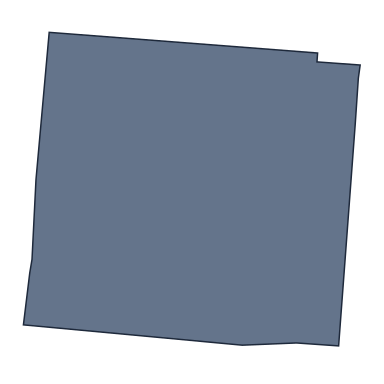 Madison, Missouri, United States of America, rotated 94°
{"feature_id": "52423323B26230724482566", "entity_name": "Madison", "entity_type": "district", "adm_level": 2, "iso_a3": "USA", "parent_name": "United States of America", "parent_adm1": "Missouri", "projection": "equal_earth", "projection_center": [-90.333, 37.478], "detail": "fine", "context": "isolated", "style": "filled", "palette": "slate", "viewbox_px": 384, "rotation_deg": 94, "n_neighbors": 0, "source": "geoboundaries", "source_scale": "gbopen_adm2", "svg_char_len": 325}
<svg xmlns="http://www.w3.org/2000/svg" viewBox="0 0 384 384"><g transform="rotate(94 192 192)"><path d="M335.3,77.3L335.3,35.0L112.7,33.9L66.9,34.0L53.6,33.1L53.5,76.4L44.6,76.4L42.7,345.6L190.6,348.5L270.4,346.9L284.0,348.2L336.3,350.9L341.3,131.2L335.3,77.3Z" fill="#64748b" stroke="#1e293b" stroke-width="1.5"/></g></svg>